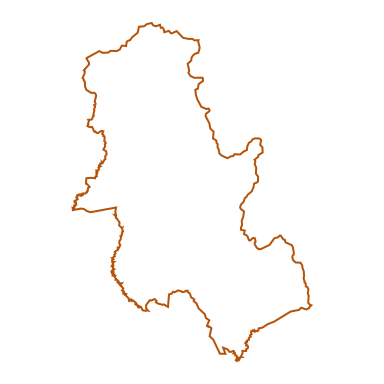 Khao Chamao, Rayong, Thailand (orthographic projection)
{"feature_id": "78962969B50425492619761", "entity_name": "Khao Chamao", "entity_type": "district", "adm_level": 2, "iso_a3": "THA", "parent_name": "Thailand", "parent_adm1": "Rayong", "projection": "orthographic", "projection_center": [101.654, 12.997], "detail": "fine", "context": "isolated", "style": "outline", "palette": "amber", "viewbox_px": 384, "rotation_deg": 0, "n_neighbors": 0, "source": "geoboundaries", "source_scale": "gbopen_adm2", "svg_char_len": 5953}
<svg xmlns="http://www.w3.org/2000/svg" viewBox="0 0 384 384"><path d="M82.5,78.0L83.6,79.0L83.9,80.7L84.8,81.5L85.0,86.3L86.3,89.8L91.2,92.9L94.3,92.8L95.4,93.7L96.2,95.6L94.7,101.6L95.6,103.6L95.2,105.1L94.3,105.1L95.0,107.2L94.0,109.2L94.4,110.4L93.5,113.9L93.8,115.8L92.9,116.2L92.4,118.6L91.4,119.6L88.3,119.8L88.9,120.9L88.0,123.8L88.4,124.2L87.4,126.0L89.6,127.1L92.2,127.0L94.1,131.3L94.5,131.8L95.4,131.5L96.5,132.8L98.1,133.0L101.4,130.8L103.3,131.3L102.2,134.0L103.4,134.8L103.3,136.2L104.3,136.3L104.7,137.1L104.3,141.1L105.2,141.7L105.7,143.4L104.8,144.0L105.1,146.3L103.4,149.6L106.2,151.3L106.6,154.3L105.1,156.5L105.4,159.2L104.4,159.8L102.7,162.9L101.8,162.0L102.0,163.2L101.0,163.8L101.1,163.3L100.2,163.5L100.1,165.7L98.9,165.6L99.0,166.9L99.6,166.9L98.4,167.7L99.1,169.2L97.9,170.6L96.9,170.5L97.1,171.2L96.6,171.1L97.3,172.5L97.0,173.9L96.4,173.5L96.5,175.5L95.8,176.4L96.2,176.6L95.2,177.1L95.1,178.2L90.5,177.8L86.3,178.3L86.0,183.7L86.9,183.9L89.6,187.0L88.0,188.1L87.8,190.8L87.0,191.1L86.9,192.3L86.3,192.3L85.7,193.4L83.6,193.5L83.2,194.2L82.9,193.5L82.3,193.6L82.5,194.7L81.3,194.5L81.9,195.3L81.3,195.9L79.3,195.2L78.7,194.6L79.2,194.2L77.1,195.4L77.5,196.5L76.3,197.3L77.7,199.2L74.3,201.3L74.8,202.5L76.0,202.5L76.2,204.8L74.2,205.3L74.1,206.0L74.8,206.4L74.0,207.4L74.4,208.4L73.4,208.8L72.7,208.2L72.9,210.1L80.8,208.6L83.7,208.9L86.8,211.0L90.5,212.2L116.1,207.5L115.3,211.6L116.0,214.8L115.4,214.7L115.7,215.8L115.1,215.6L116.1,216.7L115.9,218.0L116.8,218.4L119.6,222.6L119.1,225.3L121.6,227.9L122.4,227.6L122.0,228.4L123.0,231.4L122.2,231.7L122.4,232.8L123.0,232.8L121.8,233.3L121.8,235.2L120.6,236.0L121.2,236.3L120.5,239.7L119.3,241.2L119.3,243.7L120.3,245.0L119.9,245.9L119.2,247.5L118.4,247.4L118.3,248.5L117.7,248.2L117.8,249.9L114.7,251.9L115.5,253.5L114.2,254.7L114.8,256.4L113.4,257.0L113.2,258.2L112.3,258.2L113.4,259.3L112.1,260.0L112.2,261.8L114.1,261.9L112.7,263.1L113.2,264.6L112.5,264.7L111.7,266.3L113.2,266.4L112.9,268.1L114.2,269.2L112.7,269.9L113.3,271.4L111.7,271.1L111.4,271.7L111.9,272.6L112.6,272.3L112.1,273.3L113.3,273.5L112.7,275.3L114.2,275.0L113.8,275.8L115.1,276.0L114.6,276.6L116.0,278.8L115.5,279.7L117.4,280.1L118.1,281.0L117.7,281.6L118.5,281.6L118.3,282.4L120.0,283.2L118.6,283.3L119.0,283.8L121.2,283.4L120.4,284.2L121.2,285.5L120.6,285.6L123.3,288.4L122.1,290.4L123.8,291.2L123.9,291.8L123.2,291.8L123.5,292.9L124.3,293.2L123.5,293.9L124.7,294.7L125.5,294.3L124.4,293.5L126.3,294.0L125.8,295.5L128.7,298.4L128.9,300.5L129.6,300.0L130.0,300.7L131.1,299.4L132.0,300.9L132.4,300.3L133.2,300.5L135.6,302.6L135.4,304.3L135.9,304.6L136.5,304.0L136.8,305.0L137.6,305.2L137.9,307.0L138.8,307.6L139.6,307.2L139.5,306.3L141.0,306.9L142.7,310.3L146.0,310.9L146.8,310.2L147.9,310.5L146.1,308.4L146.2,304.9L149.8,300.2L151.4,300.5L154.5,299.0L156.5,300.9L155.9,302.3L157.9,303.5L162.6,304.8L163.8,304.4L168.0,306.9L169.0,294.4L171.6,293.7L173.2,291.7L174.6,292.3L177.7,290.5L180.8,291.0L182.5,292.2L184.6,291.8L185.7,290.8L187.7,290.7L187.8,292.2L189.8,293.3L191.1,297.3L194.3,299.4L193.6,301.0L196.5,303.4L198.6,308.4L204.9,314.3L205.9,318.0L209.3,320.3L206.9,325.9L208.5,326.9L209.1,326.4L211.4,328.2L209.6,336.2L213.3,339.7L219.9,353.7L225.4,353.8L223.2,347.7L227.8,349.5L229.2,351.7L230.9,351.9L233.5,350.9L234.4,352.3L233.6,353.4L235.0,353.4L235.3,355.5L236.4,355.5L237.3,356.6L235.9,360.4L236.8,361.0L237.1,360.4L238.7,360.3L238.1,358.0L239.6,358.8L239.9,357.5L241.9,357.1L241.1,356.7L241.2,355.9L242.6,353.2L242.4,350.9L246.1,351.0L246.1,349.2L247.8,348.3L248.0,346.4L247.4,345.4L246.2,345.6L246.3,343.8L245.3,343.2L245.7,342.1L247.1,342.0L247.0,340.6L249.0,339.6L248.9,337.8L250.7,336.6L250.0,335.2L251.6,334.3L251.0,332.4L251.3,331.1L252.3,331.2L252.6,330.5L253.4,331.0L254.1,330.1L254.9,331.7L255.9,330.7L257.1,331.3L258.5,330.3L258.6,328.4L262.5,327.6L267.7,324.2L274.2,321.6L290.7,311.5L299.1,309.9L301.2,307.7L306.3,309.5L309.2,308.0L309.4,307.1L311.3,305.3L309.9,304.8L308.2,302.7L308.7,295.5L307.8,293.7L308.4,289.3L307.5,287.2L305.8,286.4L305.7,283.4L304.5,282.5L304.6,281.2L303.6,278.7L304.1,275.6L303.7,271.1L302.3,267.3L302.3,265.5L300.5,262.7L295.7,262.5L293.0,260.0L292.3,257.0L292.8,255.3L293.8,254.5L293.7,252.1L292.9,247.3L291.8,245.2L285.5,242.3L284.8,239.7L283.3,239.5L280.9,235.8L280.0,235.5L278.1,237.2L274.3,238.3L269.6,244.9L260.8,249.1L258.6,249.2L256.7,247.7L254.6,244.0L254.7,242.8L255.6,241.8L254.9,238.3L252.9,238.0L250.1,240.5L249.0,240.3L247.5,236.3L246.1,235.0L244.0,234.1L244.7,230.6L240.9,229.7L241.0,227.5L242.1,224.9L241.7,220.6L243.2,217.1L244.0,211.4L240.7,208.9L240.1,207.1L241.0,204.6L243.6,201.8L244.8,198.1L246.4,197.0L247.7,194.7L251.7,191.4L253.4,187.6L254.1,183.6L257.3,182.3L258.0,181.3L258.1,176.6L255.9,173.6L256.2,167.9L254.7,163.9L255.4,161.4L254.5,159.7L258.1,156.9L258.5,155.0L262.7,152.5L262.4,147.3L260.1,144.7L261.2,140.4L260.1,138.9L258.8,138.4L254.8,138.4L252.6,139.3L251.0,141.6L248.9,142.8L247.4,146.0L246.9,150.0L243.7,151.5L240.1,154.5L234.4,154.2L233.1,156.1L231.1,156.3L227.4,158.2L221.8,155.6L219.3,153.3L218.7,149.4L217.5,147.2L217.7,144.2L216.4,142.4L216.4,140.6L213.0,138.5L213.6,131.6L210.3,128.6L209.4,123.4L205.6,116.1L205.9,113.8L209.4,111.2L209.5,109.7L208.7,108.6L206.4,109.0L201.3,106.8L197.2,99.1L195.9,94.8L195.3,89.7L197.9,88.7L198.6,84.1L203.0,80.9L202.9,78.3L202.2,77.7L194.2,77.8L190.4,75.9L188.4,72.7L189.2,70.8L187.7,63.7L191.2,60.6L191.6,57.5L193.1,55.3L195.2,53.6L198.2,52.9L199.3,49.7L199.6,47.3L198.2,41.4L198.5,40.2L194.6,40.4L192.2,38.8L189.4,39.0L183.2,37.9L176.6,31.1L171.8,33.4L170.8,33.2L168.9,30.9L164.3,32.2L163.8,29.5L162.6,27.6L160.8,27.8L160.0,24.8L155.8,26.3L153.0,25.2L151.7,23.0L147.1,24.0L143.9,26.3L139.0,26.7L137.6,32.8L132.2,37.2L130.1,40.1L127.9,40.8L126.7,41.9L126.1,46.0L121.9,45.6L119.8,49.5L116.6,51.1L110.5,50.8L108.4,52.5L102.9,52.9L99.3,51.1L86.7,58.0L86.5,58.7L88.9,62.4L89.1,64.4L83.8,70.3L84.8,71.2L84.5,73.8L82.5,78.0Z" fill="none" stroke="#b45309" stroke-width="2"/></svg>